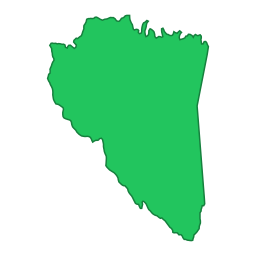 Ribeirão do Largo, Bahia, Brazil
{"feature_id": "56859067B83066818990212", "entity_name": "Ribeirão do Largo", "entity_type": "district", "adm_level": 2, "iso_a3": "BRA", "parent_name": "Brazil", "parent_adm1": "Bahia", "projection": "equal_earth", "projection_center": [-40.683, -15.459], "detail": "fine", "context": "isolated", "style": "filled", "palette": "green", "viewbox_px": 256, "rotation_deg": 0, "n_neighbors": 0, "source": "geoboundaries", "source_scale": "gbopen_adm2", "svg_char_len": 3984}
<svg xmlns="http://www.w3.org/2000/svg" viewBox="0 0 256 256"><path d="M192.7,240.3L193.1,238.5L193.7,237.0L193.9,235.0L195.6,233.4L197.1,231.7L197.9,230.4L199.1,228.8L199.3,226.3L199.8,224.7L200.4,223.1L200.4,220.8L200.0,218.9L200.0,216.5L200.0,214.8L200.0,212.8L201.1,211.0L201.1,209.5L201.7,207.9L202.2,205.7L203.7,205.7L204.7,203.9L204.3,197.8L203.7,190.3L202.8,178.8L201.4,160.9L200.1,144.4L197.1,105.9L207.2,54.4L208.4,46.6L207.4,44.7L206.7,42.8L205.7,41.5L204.2,41.6L203.1,43.9L201.6,43.9L201.2,41.6L200.9,39.3L201.3,37.9L201.2,36.1L200.1,34.8L198.9,35.3L197.8,35.7L196.7,35.3L195.5,34.5L194.1,35.5L193.3,37.3L192.0,35.5L190.1,34.4L188.4,34.3L187.4,35.9L185.8,36.2L184.9,37.9L183.0,38.8L181.6,39.2L179.9,39.7L179.2,37.6L179.5,35.7L180.3,33.8L181.5,32.4L179.7,30.8L178.4,31.9L177.2,33.2L175.2,32.6L173.9,31.7L173.2,34.1L172.3,35.3L171.1,35.6L169.6,35.4L168.2,34.5L166.7,34.2L165.4,32.7L164.3,31.4L163.8,29.8L162.9,28.2L161.6,28.8L161.6,30.7L161.8,32.3L162.3,34.3L162.8,36.7L161.6,37.3L160.3,36.7L158.8,36.5L157.7,37.3L156.2,38.1L154.8,36.5L154.7,34.5L154.3,32.9L153.8,31.5L152.5,30.3L151.4,29.4L150.1,28.8L148.9,30.6L148.8,32.3L148.6,34.5L147.2,36.1L146.0,36.6L145.3,34.7L144.9,32.4L144.9,30.7L145.5,29.2L146.2,26.6L146.4,24.8L146.9,23.0L148.3,21.2L146.9,20.5L146.0,21.3L144.9,22.3L143.6,22.9L142.7,24.5L142.0,27.3L141.7,29.8L141.7,31.7L141.0,33.3L139.4,33.7L138.3,32.4L138.7,30.6L137.9,29.6L136.2,29.3L134.3,30.0L133.3,29.1L132.9,27.3L132.4,24.8L131.1,22.6L130.4,20.8L129.9,19.5L129.7,17.8L129.6,15.4L128.0,15.4L126.8,15.4L125.2,15.9L124.2,17.1L122.7,18.0L121.5,18.3L120.3,20.1L119.3,21.2L118.1,21.3L116.5,20.8L115.1,18.8L113.4,17.6L112.0,17.6L110.3,17.5L108.7,18.2L107.4,18.8L106.1,19.1L104.9,19.2L103.8,19.6L102.5,20.2L101.3,19.7L100.1,19.2L98.7,18.3L97.3,17.5L96.2,17.1L95.0,17.3L93.9,18.3L92.2,18.6L90.8,18.4L89.6,18.6L88.3,18.6L86.7,19.3L86.1,22.0L84.9,24.2L84.0,25.4L83.8,27.1L83.9,28.7L83.4,30.1L82.8,31.6L82.1,33.9L81.4,35.7L79.9,36.7L78.9,37.5L77.6,38.6L76.2,38.2L74.9,39.5L74.0,40.3L73.6,42.0L75.2,43.9L76.3,45.0L75.9,47.2L74.3,48.4L72.1,46.7L70.4,45.2L68.8,45.3L67.9,46.4L67.2,48.0L65.5,47.3L64.9,44.9L63.6,44.2L62.1,44.3L60.2,43.8L58.7,43.6L57.3,43.9L55.7,43.3L54.5,43.4L53.4,43.4L52.3,43.1L51.1,43.3L49.8,45.4L50.6,46.7L51.6,48.5L51.8,51.2L52.3,53.3L52.4,55.0L52.8,56.8L53.8,58.5L54.0,60.3L52.7,62.2L51.9,64.2L51.4,66.0L50.6,67.7L50.0,69.3L50.2,70.8L50.0,73.2L48.7,74.3L48.3,76.2L47.6,78.4L48.6,80.9L49.7,82.6L50.4,84.6L51.5,86.6L52.4,88.6L52.8,90.8L52.9,92.6L52.8,94.8L53.1,97.0L53.5,99.3L54.2,100.9L54.9,102.2L55.9,103.9L58.3,104.4L59.8,105.3L61.3,106.4L63.0,107.6L63.5,109.2L62.8,112.4L62.8,114.5L63.1,116.6L63.9,117.8L65.3,118.6L68.0,119.5L69.6,119.9L70.7,120.7L71.4,122.1L71.8,124.6L72.6,126.8L73.6,128.0L74.8,129.2L75.8,130.2L76.9,132.1L79.1,134.3L81.5,135.9L83.5,136.3L85.0,136.5L87.5,136.3L89.4,136.7L90.4,137.5L91.3,138.9L91.9,140.5L92.7,142.1L94.6,140.8L95.9,140.3L97.3,140.3L98.5,140.0L99.5,138.7L101.3,138.2L102.5,139.5L103.1,142.1L103.5,144.0L103.5,146.8L104.0,149.3L104.4,151.7L105.3,154.1L106.2,155.9L106.4,157.9L106.3,160.0L106.1,163.5L105.9,165.6L106.9,167.1L108.5,168.8L109.6,169.9L111.2,170.9L112.3,171.6L114.1,172.7L115.5,174.1L116.8,175.7L118.0,177.9L118.3,179.8L118.9,181.9L120.4,183.4L121.8,184.7L123.3,185.6L125.0,185.8L126.4,187.4L127.6,188.7L128.2,191.0L129.1,192.8L130.3,194.4L131.7,196.0L132.6,197.6L133.7,199.9L135.5,203.4L137.0,204.2L138.6,204.4L139.5,206.7L140.4,208.4L141.7,208.4L142.1,206.4L142.6,204.4L142.1,202.2L143.0,201.2L144.0,201.6L145.0,202.6L146.1,203.9L146.9,205.6L147.9,207.9L148.8,209.6L150.3,210.9L151.9,212.9L153.2,214.1L155.1,215.2L157.1,215.8L159.1,217.5L160.4,218.3L161.8,217.9L163.4,219.5L165.0,220.7L166.2,222.3L167.3,223.8L168.5,225.4L169.9,227.3L171.5,228.5L172.6,230.3L172.9,232.4L174.0,232.8L175.8,232.7L177.4,232.9L178.9,234.8L181.1,234.7L182.1,235.8L183.0,237.8L184.2,239.4L185.7,239.4L187.2,240.1L188.7,240.3L190.0,240.5L191.5,240.6L192.7,240.3Z" fill="#22c55e" stroke="#15803d" stroke-width="1.5"/></svg>